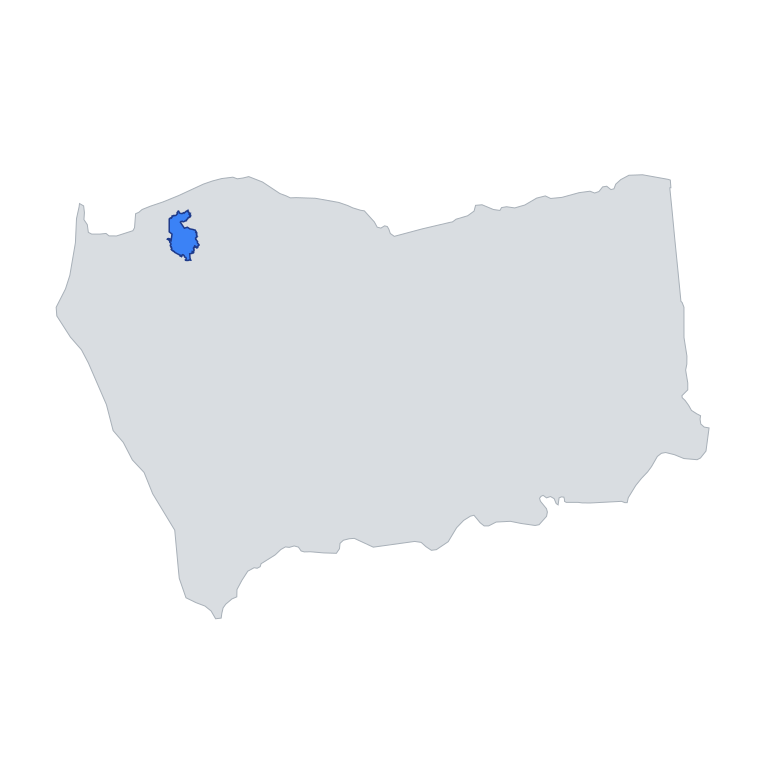 location of Sefwi Akontombra, Western, Ghana, rotated 85°
{"feature_id": "2480657B96818528094138", "entity_name": "Sefwi Akontombra", "entity_type": "district", "adm_level": 2, "iso_a3": "GHA", "parent_name": "Ghana", "parent_adm1": "Western", "projection": "mercator", "projection_center": [-2.718, 6.094], "detail": "fine", "context": "in_parent", "style": "filled", "palette": "blue", "viewbox_px": 768, "rotation_deg": 85, "n_neighbors": 0, "source": "geoboundaries", "source_scale": "gbopen_adm2", "svg_char_len": 7616}
<svg xmlns="http://www.w3.org/2000/svg" viewBox="0 0 768 768"><g transform="rotate(85 384 384)"><path d="M478.9,69.1L485.3,75.2L486.7,78.7L484.4,91.7L479.7,100.9L476.8,109.4L477.2,113.7L480.0,118.0L489.6,124.7L494.6,129.1L500.4,135.7L507.1,142.1L518.6,150.6L523.4,152.1L523.2,154.4L521.6,157.6L520.5,188.9L519.7,197.0L518.8,201.1L517.8,212.8L516.6,214.4L514.4,214.3L512.4,214.7L511.9,217.1L512.7,219.5L519.6,221.1L518.1,222.9L513.0,224.5L510.6,228.0L511.6,232.0L508.8,235.2L509.6,237.4L511.4,239.0L514.4,238.4L522.4,233.0L525.8,232.4L530.0,233.6L537.7,241.8L538.1,245.8L534.9,259.5L531.8,270.1L531.3,284.3L534.5,292.2L534.1,296.6L530.6,300.3L522.6,305.8L523.2,309.5L526.8,316.5L533.5,324.2L546.7,333.8L553.6,346.3L553.8,351.3L549.7,356.4L545.0,360.8L543.5,367.2L545.6,408.9L535.2,427.0L535.1,432.1L536.1,438.1L538.9,441.7L544.2,442.7L548.5,446.2L547.0,458.9L544.7,471.9L544.3,478.1L543.1,481.1L539.0,483.5L537.5,487.6L538.5,492.6L537.7,496.4L539.9,501.2L544.7,507.2L552.3,522.1L555.2,523.3L556.5,526.4L555.7,529.4L558.6,536.0L567.1,542.6L576.0,548.4L583.2,549.2L584.9,554.3L589.6,560.9L593.0,563.8L598.5,565.6L603.0,566.6L603.2,572.2L595.1,576.0L589.6,581.7L585.4,590.4L579.7,599.9L559.8,604.9L552.2,605.0L511.4,605.2L473.2,624.0L451.2,630.7L437.7,641.3L419.5,648.8L406.8,657.9L380.4,662.3L337.2,676.7L323.6,682.4L310.0,692.3L287.7,704.0L279.0,703.9L261.5,693.0L248.4,687.5L216.4,679.1L192.4,675.9L180.9,672.3L177.7,671.6L180.4,667.7L187.1,667.5L194.1,668.6L199.4,665.7L207.2,665.3L209.2,662.1L209.9,654.2L209.8,647.8L212.5,645.0L213.2,637.5L209.4,620.8L206.6,618.9L192.7,616.6L191.6,613.3L189.1,609.8L186.5,601.2L183.4,588.4L178.5,572.5L169.1,546.4L166.8,537.2L165.2,527.8L164.8,516.5L166.8,512.3L166.5,506.5L165.6,500.7L172.2,487.4L185.2,471.1L188.0,465.2L190.4,461.1L190.7,455.2L193.0,436.2L199.2,413.2L203.1,404.5L205.8,399.8L208.9,392.1L209.8,388.5L221.7,379.5L227.2,377.1L228.4,373.5L226.5,369.6L227.4,367.0L230.2,365.7L234.6,364.6L237.8,360.9L232.8,332.4L228.7,304.1L228.5,301.7L226.1,297.8L223.7,286.0L219.6,279.2L214.0,277.2L214.0,270.7L219.7,259.8L221.2,253.4L218.5,251.5L218.1,246.5L220.0,238.4L219.0,233.5L218.0,228.2L212.1,215.7L210.7,206.9L213.7,201.8L213.6,190.5L210.4,173.0L209.9,162.0L212.1,157.5L211.0,153.1L206.7,149.0L206.4,144.9L210.1,141.0L209.6,137.9L205.1,135.7L201.0,130.3L197.4,121.8L198.1,108.2L204.9,83.1L205.8,81.0L213.5,81.1L213.5,82.2L237.5,81.9L264.9,81.7L297.7,81.3L327.5,81.0L328.8,79.9L333.7,78.5L363.8,81.1L382.6,79.8L390.6,80.6L396.4,82.3L409.4,81.3L416.3,81.9L421.6,88.2L423.7,88.1L426.6,85.5L431.8,82.4L437.1,80.0L440.9,75.1L443.2,71.4L446.6,72.2L451.5,71.9L454.8,68.8L456.1,64.0L478.9,69.1Z" fill="#d9dde1" stroke="#a8b0b8" stroke-width="1"/><path d="M232.6,583.2L232.8,582.9L232.8,582.6L233.1,582.4L233.5,582.3L233.6,582.0L233.5,581.8L233.9,581.4L234.0,581.4L234.3,581.2L234.2,581.1L234.8,580.7L235.9,579.1L237.3,576.9L237.3,576.7L237.5,576.6L237.8,576.4L238.1,576.0L238.0,575.8L238.0,575.7L238.5,575.8L238.4,575.4L238.5,575.2L239.0,575.2L239.0,574.7L239.4,574.7L239.5,574.6L239.3,574.4L239.2,574.4L239.0,574.2L238.6,574.3L238.4,574.1L237.9,573.9L237.7,573.6L237.8,573.4L237.6,573.3L237.6,573.1L237.7,572.8L238.8,571.8L239.1,571.8L239.4,571.8L240.2,571.5L240.3,571.2L240.6,570.9L240.6,570.5L240.8,570.3L241.0,570.3L241.3,570.2L241.8,570.1L242.3,570.2L242.7,570.4L243.1,571.1L243.5,570.9L243.5,570.7L243.4,570.5L243.4,570.3L243.6,570.2L243.8,569.6L243.7,569.5L243.8,569.0L243.7,568.5L243.8,568.2L243.8,567.7L243.7,567.4L243.3,567.1L243.4,566.4L243.9,565.8L243.9,565.7L241.7,566.3L237.3,566.2L237.2,564.0L235.4,563.5L235.6,563.3L235.9,562.9L236.2,562.9L236.5,562.6L236.8,562.7L236.8,562.4L236.6,562.3L236.3,562.1L235.9,562.0L235.3,562.2L234.9,562.1L234.7,561.8L234.5,561.7L234.0,561.4L233.9,561.4L233.7,561.5L233.5,561.8L233.3,561.8L233.2,561.7L232.9,561.7L232.7,561.8L232.3,562.0L231.8,561.9L231.6,561.7L231.8,561.4L231.5,561.3L231.5,561.2L231.6,560.9L231.5,561.0L231.4,561.0L231.4,560.7L231.2,560.7L230.8,560.8L230.8,560.7L230.7,560.4L230.6,560.5L230.4,560.5L230.5,560.4L230.4,560.3L230.5,560.2L230.3,560.1L230.5,559.9L230.4,559.8L230.5,559.7L230.7,559.9L230.6,559.7L230.8,559.5L231.1,559.5L230.8,559.4L230.8,559.2L231.1,559.1L231.2,559.3L231.3,559.4L231.4,559.0L231.4,558.9L231.7,558.8L231.8,558.8L231.8,558.7L232.0,558.6L231.9,558.5L232.0,558.4L231.9,558.3L231.9,557.8L231.8,557.7L231.7,557.7L231.3,557.5L231.1,557.5L230.8,557.5L230.6,557.3L230.3,557.1L230.2,557.2L229.9,557.0L229.9,556.9L229.7,556.5L229.5,556.4L229.4,556.1L229.0,556.2L228.8,556.5L228.5,556.6L228.1,556.9L227.5,557.5L227.2,557.6L226.8,557.5L226.4,557.5L225.9,557.3L224.0,558.5L223.7,558.6L223.6,558.9L223.3,558.8L223.2,558.9L222.6,559.0L222.4,558.8L222.1,558.9L222.0,558.7L221.8,558.5L221.7,558.4L221.4,558.1L221.5,558.0L221.5,557.9L221.1,558.0L220.7,557.6L220.5,557.2L220.0,557.7L219.4,557.8L219.2,557.5L218.8,557.5L218.4,557.8L218.1,557.8L217.8,557.5L217.5,557.6L217.4,557.4L217.2,557.3L217.0,557.5L216.4,557.7L216.8,558.0L216.6,558.3L216.1,558.0L215.2,558.3L214.1,558.8L214.0,559.7L213.5,560.5L212.6,563.8L210.7,566.2L211.4,569.3L205.1,572.8L204.8,572.6L204.6,572.3L204.5,572.2L204.4,572.1L204.4,571.6L204.5,571.3L204.4,571.0L204.3,570.8L204.9,570.1L204.9,569.6L204.8,569.1L204.5,568.6L204.5,568.3L204.2,568.0L204.2,567.9L204.2,567.0L204.0,566.8L204.0,566.7L203.9,566.7L203.7,566.7L203.7,566.8L203.5,566.7L203.4,566.6L203.2,566.5L203.2,566.1L202.9,566.0L202.7,565.8L202.5,565.5L202.3,565.4L202.3,565.2L202.1,565.1L201.9,565.0L201.8,564.8L201.6,564.6L201.3,564.6L201.2,564.3L201.1,564.1L201.2,563.8L201.1,563.6L200.7,563.4L201.0,563.3L200.9,563.1L200.7,563.0L200.8,562.8L200.7,562.6L200.4,562.4L200.2,562.3L200.1,562.2L199.9,562.1L199.9,561.9L199.7,561.7L199.8,561.6L199.6,561.7L199.4,562.2L199.2,562.1L199.3,562.1L199.1,562.1L198.9,562.2L198.8,562.4L198.8,562.2L198.7,562.2L198.7,562.4L198.7,562.5L198.4,562.8L198.2,562.8L198.2,562.7L198.1,562.8L198.0,563.0L197.8,562.8L197.7,562.8L197.6,562.7L197.6,562.8L197.3,562.7L197.3,562.8L197.2,562.7L197.2,562.9L197.1,563.0L197.0,562.9L196.9,562.9L196.7,562.9L196.6,563.2L196.3,563.4L196.2,563.6L195.9,563.7L195.7,563.6L195.5,563.8L195.4,563.8L195.2,564.1L194.8,564.3L194.5,564.1L194.4,564.4L194.2,564.4L194.3,564.5L194.1,564.5L194.3,564.8L194.4,565.0L194.4,565.4L194.8,566.2L195.1,566.4L195.2,566.7L195.5,567.0L195.9,567.8L196.2,568.1L196.4,568.3L195.9,568.8L196.0,569.0L196.2,569.4L196.3,569.6L196.6,570.0L196.5,570.7L196.5,571.3L195.9,572.8L195.7,573.0L195.3,573.0L195.2,573.0L194.9,573.1L194.5,573.3L194.1,573.4L193.9,573.5L194.0,573.8L193.9,574.0L194.4,574.3L194.6,574.6L195.3,575.2L195.6,575.3L196.2,574.9L196.3,574.9L196.4,575.1L197.0,575.5L197.3,576.0L197.5,576.2L197.9,576.6L198.0,577.0L197.9,577.9L198.2,578.7L198.2,578.8L197.8,578.9L198.1,580.0L198.3,580.1L198.3,580.6L198.5,580.6L198.7,580.4L198.8,580.4L199.3,580.6L200.1,581.2L199.9,581.5L200.0,581.6L199.9,581.7L199.9,582.0L200.0,582.1L200.2,582.7L200.4,582.7L200.6,582.9L200.5,583.0L200.7,583.4L200.9,583.4L201.1,583.6L201.4,583.6L213.7,584.7L216.2,582.1L222.2,583.5L221.8,583.7L221.5,583.8L221.3,584.3L220.8,584.5L220.7,584.8L220.6,585.3L220.4,585.5L220.3,586.2L220.4,586.8L220.6,587.0L220.9,587.3L221.0,587.2L221.0,586.9L221.2,586.4L221.3,586.2L221.7,586.1L222.1,585.4L222.4,585.3L222.6,584.8L223.0,584.5L223.5,585.1L223.9,585.1L224.4,584.9L225.3,584.1L226.2,584.0L226.4,584.1L226.5,584.3L227.0,584.8L227.5,584.8L227.8,584.8L228.0,584.5L228.3,584.4L228.6,584.0L228.9,584.1L229.0,584.3L229.3,584.3L229.4,584.2L230.0,583.6L230.5,583.7L230.7,583.9L230.8,583.9L231.0,583.7L231.7,583.9L231.7,584.0L232.2,583.7L232.4,583.3L232.6,583.2Z" fill="#3b82f6" stroke="#1e3a8a" stroke-width="1.5"/></g></svg>